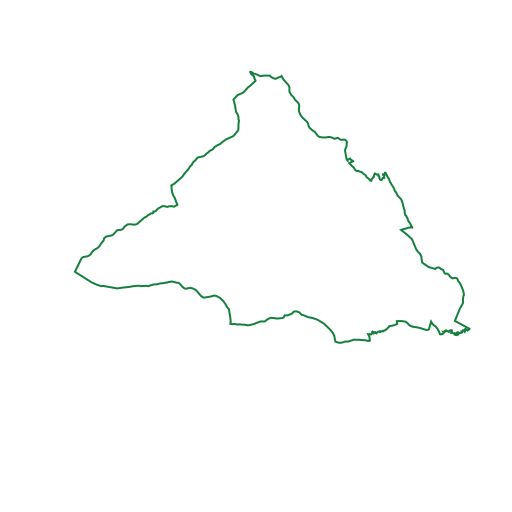 outline of Sarmizegetusa, Hunedoara, Romania, rotated 62°
{"feature_id": "2599482B56476648103068", "entity_name": "Sarmizegetusa", "entity_type": "district", "adm_level": 2, "iso_a3": "ROU", "parent_name": "Romania", "parent_adm1": "Hunedoara", "projection": "natural_earth1", "projection_center": [22.749, 45.477], "detail": "fine", "context": "isolated", "style": "outline", "palette": "green", "viewbox_px": 512, "rotation_deg": 62, "n_neighbors": 0, "source": "geoboundaries", "source_scale": "gbopen_adm2", "svg_char_len": 6123}
<svg xmlns="http://www.w3.org/2000/svg" viewBox="0 0 512 512"><g transform="rotate(62 256 256)"><path d="M420.5,101.7L406.7,110.9L398.5,101.1L394.8,95.4L391.2,93.5L389.1,92.0L387.7,90.5L383.6,89.3L378.7,88.8L375.2,88.7L372.8,89.2L370.7,88.9L369.8,89.2L368.7,90.5L368.0,93.1L365.5,94.3L363.2,94.6L362.1,95.0L361.3,95.5L360.4,97.3L358.9,97.6L356.2,97.3L354.4,98.7L353.6,98.9L351.9,100.0L351.3,101.5L351.2,102.8L351.6,103.9L346.6,108.9L340.7,111.9L339.8,112.3L339.2,112.1L336.0,111.1L334.5,110.3L330.8,110.2L328.6,111.0L325.1,111.4L314.5,110.4L308.6,112.4L301.1,115.7L301.5,113.1L302.3,110.2L302.3,109.1L302.6,108.2L303.2,106.3L304.2,104.8L303.8,104.5L302.6,104.8L299.6,104.6L296.8,105.1L296.5,104.9L295.0,104.9L294.1,104.5L292.6,104.7L291.3,104.4L290.0,105.0L287.8,104.5L285.5,103.3L283.3,103.1L277.7,101.6L275.1,101.3L273.8,101.3L269.2,102.6L265.6,102.4L263.4,102.9L261.4,102.4L253.6,102.9L250.2,102.4L248.6,102.8L248.0,102.6L243.4,102.6L243.1,103.0L243.5,103.2L244.0,104.0L243.5,105.5L244.3,105.7L245.3,105.0L245.6,105.5L247.2,106.0L246.6,107.5L247.6,108.7L247.8,109.4L247.2,110.4L246.3,110.7L243.6,109.9L243.1,110.3L241.4,109.6L241.2,109.9L241.4,110.3L240.9,111.1L239.0,112.3L239.1,112.7L240.1,113.7L241.5,114.9L241.4,115.5L242.1,116.5L242.2,117.4L242.7,117.8L242.7,118.2L243.7,118.9L243.2,119.6L240.8,120.2L238.2,121.4L236.9,121.2L235.6,121.5L233.8,122.6L231.5,123.3L230.1,124.9L228.9,125.7L228.3,127.1L226.9,128.0L224.0,128.1L221.9,128.9L218.0,130.0L217.8,129.4L217.8,126.7L218.1,125.7L217.8,125.6L216.0,126.8L214.1,127.2L214.0,129.9L214.8,130.3L213.5,130.7L204.7,127.9L203.7,127.1L201.1,124.1L199.2,123.2L198.5,122.3L196.6,122.2L195.4,122.7L194.7,123.3L193.5,126.1L193.0,126.7L190.2,128.2L189.8,129.1L189.4,131.7L187.7,132.8L185.7,134.8L185.1,135.7L184.1,138.7L182.8,141.2L180.8,144.0L179.3,144.9L173.8,145.9L171.7,147.1L168.0,148.5L165.7,148.5L163.4,147.9L161.7,147.9L155.7,150.0L152.4,150.5L148.3,150.1L146.3,149.1L144.0,147.4L141.7,146.8L140.5,146.9L136.5,148.1L133.6,148.3L130.0,149.3L127.2,149.4L125.8,149.0L123.1,147.4L120.4,147.1L113.0,148.9L109.1,149.0L109.4,149.8L109.0,151.4L108.7,155.7L106.8,157.5L105.4,158.4L103.4,159.1L102.8,159.8L100.4,164.4L99.3,167.7L95.6,170.5L93.7,172.5L91.0,173.9L90.8,174.7L91.6,174.9L93.4,174.7L96.2,173.5L99.1,174.1L100.8,174.0L101.2,174.3L102.9,181.2L103.4,184.1L105.4,189.3L105.7,191.4L105.3,196.8L107.2,202.4L112.6,203.7L119.7,206.0L122.4,205.7L125.7,206.5L126.9,207.2L128.6,207.5L131.2,209.5L135.1,211.6L136.1,212.3L136.9,213.4L139.1,218.4L139.5,220.2L139.0,227.9L139.5,231.9L140.3,235.0L140.1,237.8L140.3,241.4L141.5,243.9L141.5,247.8L142.1,249.3L142.4,251.8L143.2,253.9L143.2,255.8L141.8,260.7L141.8,261.9L143.0,264.5L143.7,267.5L144.2,268.4L145.3,269.7L145.9,272.1L147.4,274.5L149.6,280.3L151.4,283.8L153.8,294.0L153.9,297.6L157.9,299.3L161.1,300.3L163.9,300.6L167.1,300.5L171.5,301.2L173.5,301.2L173.9,301.4L174.1,302.2L173.9,303.3L174.0,305.2L172.2,307.4L171.3,309.5L171.0,311.3L169.6,312.8L168.1,315.0L168.1,320.3L169.3,323.5L169.2,324.5L168.5,325.7L169.7,326.4L169.9,327.1L169.0,329.1L169.4,330.5L169.1,332.1L169.8,334.0L169.7,336.2L170.0,338.0L171.9,345.9L171.6,347.7L171.0,349.1L168.7,352.4L167.8,354.7L168.4,358.3L169.7,361.1L169.5,362.8L168.1,366.7L169.8,371.2L170.1,372.6L169.9,374.5L168.6,378.7L168.6,379.8L169.0,381.7L170.7,383.2L172.4,387.2L173.9,389.8L174.6,392.4L174.6,395.8L174.8,397.1L175.5,398.8L176.8,401.1L177.2,402.5L177.2,404.8L175.9,408.7L175.9,410.1L176.3,411.4L184.9,423.3L201.8,413.7L207.0,409.7L210.2,406.5L210.3,405.6L211.7,403.7L219.1,394.2L219.7,393.1L221.5,388.1L223.7,382.7L225.1,378.3L226.7,374.6L227.8,372.5L228.5,372.0L230.8,366.9L232.3,364.9L232.2,363.5L232.7,361.9L232.9,360.3L234.5,356.7L235.2,353.7L236.7,350.0L237.1,348.3L237.7,347.2L237.9,345.6L238.9,342.6L239.3,341.9L242.4,338.5L243.2,337.1L245.3,336.1L248.5,335.5L250.7,334.5L251.7,333.7L252.2,332.8L252.9,329.7L253.4,328.8L255.0,327.0L257.0,325.5L258.8,324.8L265.6,323.3L268.3,321.7L270.4,315.5L271.3,311.4L273.0,309.5L276.3,307.4L280.2,306.1L284.5,305.5L287.0,305.6L290.4,304.9L297.5,307.3L302.2,309.2L303.8,310.5L304.9,309.2L305.8,307.2L308.2,303.8L308.6,302.6L310.2,300.4L310.9,298.9L313.3,295.9L313.9,294.5L315.2,289.1L315.2,287.8L316.0,282.5L318.0,278.9L317.5,277.2L317.3,273.5L317.6,271.7L321.2,266.6L323.2,261.8L323.2,260.3L321.9,258.5L323.2,256.2L323.8,251.1L323.1,249.8L322.9,248.4L323.9,246.2L326.2,244.2L329.2,243.4L330.6,241.8L334.2,239.0L337.5,234.9L340.4,232.3L341.8,231.2L347.9,227.6L355.8,225.1L359.6,224.3L363.4,224.4L367.6,225.8L369.2,225.9L372.0,222.9L372.9,220.4L373.3,218.1L373.8,216.6L374.7,215.2L375.9,208.7L378.3,204.5L382.3,198.2L383.2,197.5L383.5,196.7L384.3,195.7L384.0,195.1L381.0,193.9L377.7,193.7L378.4,192.9L378.3,192.1L379.1,191.7L379.3,191.3L379.0,190.0L377.6,189.0L377.4,188.6L378.4,187.8L379.4,188.0L379.1,187.4L379.5,186.8L379.2,186.8L379.2,186.5L380.4,186.3L380.9,185.9L380.2,185.0L380.4,182.5L380.6,182.1L381.0,182.6L381.4,182.3L381.6,181.7L381.3,180.7L382.2,179.0L381.7,178.8L382.3,176.6L381.8,175.3L381.9,174.5L381.3,173.5L381.1,172.3L380.6,171.3L380.9,171.1L380.8,170.6L381.9,166.9L382.3,163.2L379.6,162.3L379.6,162.1L381.9,157.8L384.3,154.7L386.4,153.7L388.6,153.3L390.4,152.3L391.7,150.9L391.9,151.0L394.9,146.9L397.6,143.9L400.4,141.3L401.8,139.5L401.9,137.7L396.1,132.2L399.0,132.1L400.7,131.5L402.5,130.5L405.4,129.9L408.4,129.9L411.4,130.3L412.0,129.6L412.1,128.7L412.4,128.1L412.3,126.7L411.8,126.0L410.8,126.2L411.6,125.0L411.2,124.5L411.4,123.9L410.8,123.8L410.8,123.1L411.9,122.6L412.5,121.9L413.2,121.7L413.5,121.3L413.0,120.9L413.3,119.7L412.9,119.3L413.3,118.0L413.6,118.0L414.4,119.1L414.8,118.6L415.2,118.6L415.7,119.4L416.1,118.5L417.0,118.2L417.4,116.7L418.0,116.7L418.8,117.4L419.8,116.5L419.8,116.2L419.2,116.1L419.8,115.5L418.7,115.4L418.4,114.8L418.0,114.6L417.9,113.9L418.4,113.3L418.9,113.5L419.2,114.2L419.9,113.9L419.6,113.2L419.8,112.6L419.6,111.9L420.2,110.9L420.3,110.0L419.4,109.9L419.8,109.5L418.8,108.3L419.7,107.5L420.9,107.3L420.0,106.2L418.9,106.4L418.7,105.9L418.7,105.4L419.8,105.5L419.9,104.9L421.2,104.1L420.8,103.3L420.9,102.0L420.5,101.7Z" fill="none" stroke="#15803d" stroke-width="2"/></g></svg>